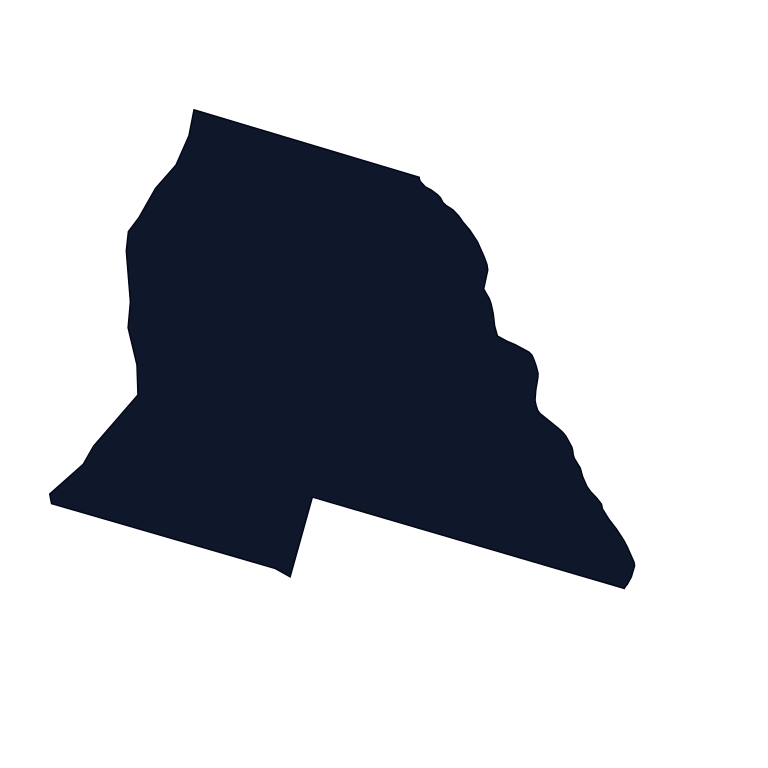 Pike, Illinois, United States of America, rotated 196°
{"feature_id": "52423323B65966089908040", "entity_name": "Pike", "entity_type": "district", "adm_level": 2, "iso_a3": "USA", "parent_name": "United States of America", "parent_adm1": "Illinois", "projection": "orthographic", "projection_center": [-91.041, 39.62], "detail": "fine", "context": "isolated", "style": "filled", "palette": "ink", "viewbox_px": 768, "rotation_deg": 196, "n_neighbors": 0, "source": "geoboundaries", "source_scale": "gbopen_adm2", "svg_char_len": 1149}
<svg xmlns="http://www.w3.org/2000/svg" viewBox="0 0 768 768"><g transform="rotate(196 384 384)"><path d="M651.0,223.9L675.0,186.1L670.6,177.4L437.8,176.7L421.1,172.8L421.7,255.6L96.7,253.7L96.0,256.4L95.0,258.3L93.1,266.6L93.0,278.4L94.6,281.7L105.5,294.7L110.8,300.2L120.7,308.7L130.7,316.1L138.8,323.4L139.7,324.3L141.8,328.4L148.1,333.0L155.6,337.4L160.8,341.5L167.6,349.8L172.2,357.3L180.6,365.0L182.7,368.3L184.4,372.3L186.1,375.2L194.7,383.9L199.0,386.9L203.9,389.3L226.1,398.7L229.0,401.0L231.9,405.3L234.3,409.9L234.6,411.1L236.5,420.6L237.8,432.2L238.8,436.6L242.3,442.6L245.9,447.8L249.5,452.3L253.4,454.6L269.1,458.0L278.1,459.1L288.2,461.4L293.6,470.2L298.4,481.7L303.1,490.5L306.4,495.1L314.4,502.8L315.7,522.2L317.9,527.1L322.5,533.5L333.3,546.4L343.9,555.5L352.4,561.2L358.4,566.0L365.6,570.3L373.5,572.7L377.4,574.7L381.1,578.6L384.8,580.7L392.1,583.5L398.7,584.9L404.2,588.2L405.5,589.3L406.7,591.2L407.1,592.4L642.2,595.2L639.9,568.8L644.3,537.1L657.5,509.2L665.4,476.5L671.7,460.0L668.4,440.9L650.4,393.0L645.5,367.6L626.7,334.2L617.5,305.7L646.0,244.3L651.0,223.9Z" fill="#0f172a" stroke="#020617" stroke-width="1.5"/></g></svg>